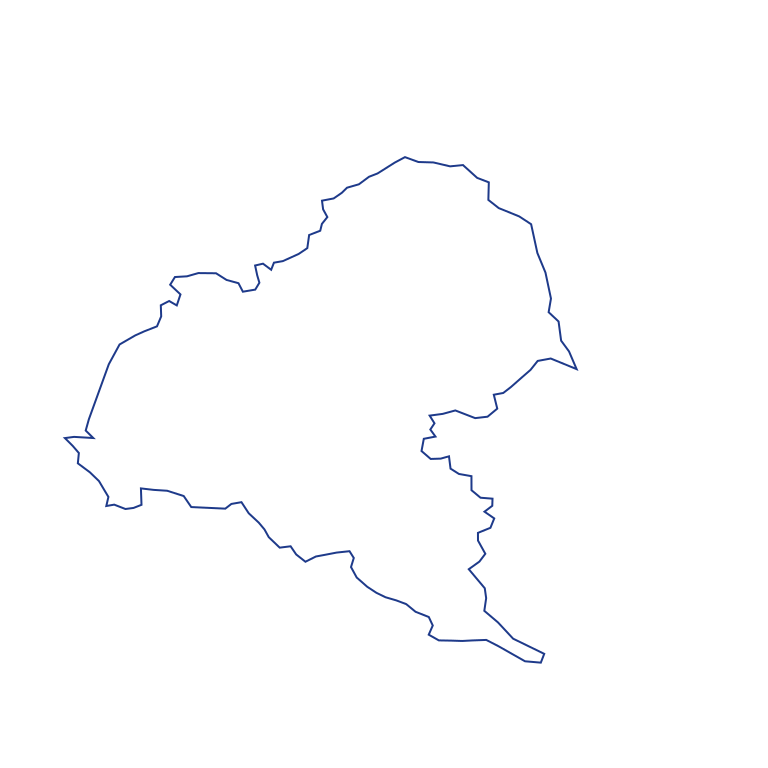 Santa Cecília do Sul, Rio Grande do Sul, Brazil (Equal Earth projection), rotated 296°
{"feature_id": "56859067B17370166314486", "entity_name": "Santa Cecília do Sul", "entity_type": "district", "adm_level": 2, "iso_a3": "BRA", "parent_name": "Brazil", "parent_adm1": "Rio Grande do Sul", "projection": "equal_earth", "projection_center": [-51.909, -28.193], "detail": "fine", "context": "isolated", "style": "outline", "palette": "blue", "viewbox_px": 768, "rotation_deg": 296, "n_neighbors": 0, "source": "geoboundaries", "source_scale": "gbopen_adm2", "svg_char_len": 2098}
<svg xmlns="http://www.w3.org/2000/svg" viewBox="0 0 768 768"><g transform="rotate(296 384 384)"><path d="M202.3,647.1L211.7,646.3L211.7,611.7L219.7,590.9L224.1,573.6L236.3,569.7L244.6,564.1L254.7,541.4L266.2,547.6L275.8,549.5L284.5,537.1L291.4,533.7L301.4,542.7L311.5,542.0L313.3,530.3L322.0,534.7L328.5,531.8L324.1,520.6L326.9,509.2L339.5,503.0L336.0,490.8L337.1,480.9L347.5,474.1L341.8,467.7L337.1,458.8L340.2,447.1L352.2,443.8L359.3,453.3L363.4,445.6L370.8,446.6L375.6,438.9L382.9,449.9L391.5,459.7L393.3,480.9L400.0,491.4L411.5,496.6L422.5,487.4L428.2,495.1L436.9,499.4L450.8,505.2L460.9,509.5L472.1,512.0L480.0,522.7L481.8,550.6L494.4,536.0L500.6,524.2L516.7,513.5L520.7,500.5L534.0,496.6L554.9,480.3L569.0,464.4L592.1,446.2L593.9,432.1L592.4,410.0L595.2,397.1L611.2,389.8L610.1,377.4L615.4,359.0L608.6,348.0L604.8,331.3L598.6,317.6L597.1,303.4L587.7,296.6L570.4,285.9L563.7,279.7L552.5,273.9L544.2,264.7L537.4,262.3L528.7,257.4L521.6,247.9L514.3,252.7L509.2,259.9L500.7,258.0L493.8,259.5L485.1,251.4L472.5,255.5L463.5,250.3L456.0,244.1L450.1,239.2L444.8,231.9L437.2,232.5L439.1,222.5L434.0,216.2L426.1,222.4L420.4,227.6L412.4,226.9L405.1,216.7L410.8,209.0L408.5,196.9L409.9,184.5L402.3,168.5L394.4,159.7L388.5,149.2L379.5,148.3L375.3,161.8L363.8,163.3L364.4,154.5L356.9,148.9L347.1,154.1L336.3,154.7L326.3,145.5L318.6,139.1L303.6,129.0L281.1,128.0L222.9,134.2L211.4,136.3L208.0,146.4L200.6,128.6L195.5,120.9L191.9,131.4L188.2,140.0L178.5,143.6L175.7,158.4L171.8,170.4L166.0,179.2L161.7,185.8L152.6,187.9L157.3,194.4L158.3,206.4L162.8,213.2L169.1,219.0L183.6,211.3L187.9,223.5L193.0,235.9L195.5,253.1L188.9,264.7L202.4,296.0L209.3,299.4L215.3,307.7L208.5,319.1L204.5,332.2L200.9,340.3L195.8,347.6L191.2,362.0L197.2,371.2L192.3,379.8L189.8,391.3L199.1,398.4L204.5,405.7L211.7,415.3L218.6,426.3L214.4,433.1L205.0,434.6L198.1,444.3L194.4,457.8L193.0,468.7L193.0,478.8L194.9,489.9L195.9,500.5L193.1,512.2L194.2,526.4L188.3,533.7L178.3,534.1L177.6,545.7L183.0,557.3L187.3,566.9L192.4,576.1L198.8,588.1L198.5,601.9L196.6,632.3L202.3,647.1Z" fill="none" stroke="#1e3a8a" stroke-width="2"/></g></svg>